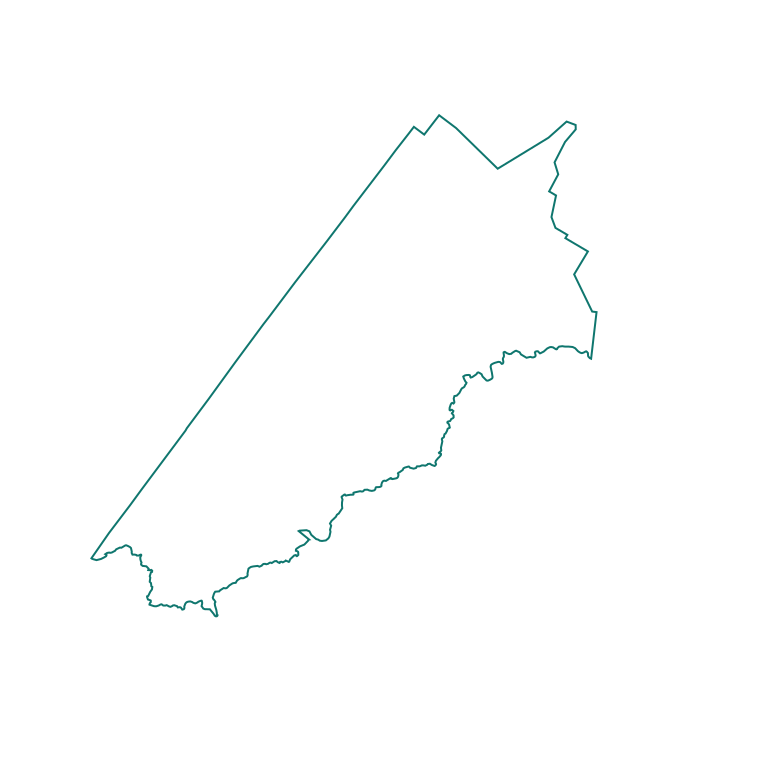 Coos, New Hampshire, United States of America (orthographic projection), rotated 220°
{"feature_id": "52423323B57801293190236", "entity_name": "Coos", "entity_type": "district", "adm_level": 2, "iso_a3": "USA", "parent_name": "United States of America", "parent_adm1": "New Hampshire", "projection": "orthographic", "projection_center": [-71.462, 44.696], "detail": "fine", "context": "isolated", "style": "outline", "palette": "teal", "viewbox_px": 768, "rotation_deg": 220, "n_neighbors": 0, "source": "geoboundaries", "source_scale": "gbopen_adm2", "svg_char_len": 6023}
<svg xmlns="http://www.w3.org/2000/svg" viewBox="0 0 768 768"><g transform="rotate(220 384 384)"><path d="M341.4,216.7L354.8,216.5L354.4,217.4L349.4,222.2L346.4,223.2L342.7,221.7L336.3,221.6L334.3,222.5L332.5,222.7L330.6,223.9L328.0,226.8L327.4,229.9L327.7,232.0L330.0,236.4L331.6,237.6L333.4,241.5L335.7,242.4L336.2,245.5L335.5,251.3L336.0,253.5L335.7,254.9L335.4,255.5L336.1,262.0L338.3,264.1L340.1,266.4L341.5,268.8L343.9,270.2L344.0,270.7L343.3,273.8L342.9,274.2L341.9,273.9L341.4,274.1L340.8,275.0L338.5,277.6L336.6,279.3L336.4,279.6L336.5,280.0L337.4,280.9L337.2,281.6L333.4,286.5L331.8,287.4L331.2,288.1L331.0,288.6L330.9,290.4L328.8,292.4L326.8,293.0L324.6,294.3L323.2,296.1L323.0,296.7L323.0,297.7L323.7,299.1L323.7,299.9L321.7,301.7L321.0,302.5L320.5,303.4L320.5,304.4L321.2,305.0L322.1,307.0L322.3,308.5L322.2,309.2L321.7,310.1L320.2,311.0L318.5,316.1L317.9,316.5L317.5,316.5L317.4,316.1L316.4,316.6L314.0,319.6L313.5,320.7L313.6,322.0L314.5,323.7L315.9,324.5L315.9,325.4L315.4,326.3L314.4,330.2L314.9,331.9L314.3,333.4L312.2,336.5L311.8,336.8L310.2,336.6L306.9,338.2L305.5,340.2L305.6,341.0L305.8,341.6L305.8,342.1L303.8,343.8L302.6,346.1L301.2,347.2L299.9,347.9L299.0,349.9L299.0,350.9L297.6,352.4L295.3,352.7L292.6,353.7L292.4,354.1L292.3,355.3L292.6,356.1L294.2,356.9L294.9,358.6L294.9,362.3L294.7,363.3L294.7,365.8L294.9,366.5L295.6,367.2L295.8,367.2L297.1,366.4L297.7,366.6L297.7,367.0L297.3,369.2L297.4,369.9L299.4,371.8L302.4,377.5L304.3,379.0L304.5,379.8L304.0,381.4L304.0,381.9L304.2,382.4L304.7,382.9L305.4,384.5L305.0,385.6L305.6,388.6L306.4,390.4L306.2,391.5L305.6,392.5L305.6,392.9L308.0,394.7L309.0,395.0L310.6,395.1L311.0,395.8L310.8,396.5L309.6,398.0L309.6,398.9L310.0,400.1L309.2,402.3L309.2,403.2L310.6,404.7L313.2,405.2L313.3,405.8L313.1,406.5L313.2,407.1L313.5,407.9L315.4,407.9L315.9,407.4L316.3,406.3L316.9,406.2L317.5,406.7L318.5,408.1L319.7,411.2L319.9,412.5L319.6,413.4L318.2,413.7L318.2,414.9L318.4,415.3L321.2,417.6L322.3,420.0L320.8,421.8L320.5,425.6L321.4,429.5L321.5,430.8L320.8,432.7L320.7,433.8L321.2,435.4L321.2,436.8L321.6,438.0L323.2,438.2L326.4,439.6L328.1,440.7L327.5,442.6L326.6,443.8L324.8,445.5L323.9,445.9L323.2,445.5L322.5,444.9L321.7,444.7L320.8,446.1L319.7,450.0L319.5,451.0L319.7,452.7L319.2,453.5L317.9,453.9L315.5,454.2L313.3,453.1L307.8,452.6L307.1,452.9L306.4,453.6L305.6,455.2L304.9,457.1L304.8,458.0L305.3,459.1L308.6,462.0L313.4,465.7L314.2,467.2L314.2,468.1L313.7,469.5L312.8,471.3L310.7,474.4L309.4,475.3L308.9,475.4L306.8,475.1L306.2,475.8L306.3,476.9L307.0,477.9L309.0,479.5L309.4,480.2L309.7,481.9L310.4,482.9L312.4,484.7L312.7,485.1L312.5,485.8L312.1,486.3L309.6,486.6L307.3,487.4L305.9,489.0L305.8,490.2L304.8,493.4L304.2,494.4L300.5,495.5L298.1,494.7L291.7,495.7L289.3,498.9L287.8,499.5L286.8,500.3L286.1,501.4L285.9,502.0L286.0,503.0L286.5,503.6L288.7,505.2L288.8,506.1L287.9,507.4L287.1,508.0L284.3,507.7L284.0,508.0L282.5,511.5L281.8,516.2L280.7,518.7L279.8,519.7L278.1,520.7L274.9,521.1L274.2,521.4L273.9,521.9L274.2,522.9L273.9,525.2L271.7,527.6L269.8,528.7L266.5,531.4L263.3,533.6L260.6,534.3L256.5,533.8L254.5,534.0L252.8,534.5L252.1,535.1L251.3,536.3L250.4,538.6L250.1,539.0L249.4,539.1L247.7,538.8L245.9,536.9L245.2,536.4L243.0,536.1L241.6,536.5L267.4,575.7L271.1,573.3L308.8,590.2L313.0,616.6L338.8,612.3L339.4,616.1L353.0,613.8L363.0,619.5L373.4,639.0L381.3,637.7L385.3,656.6L395.8,663.4L400.9,685.8L400.8,702.3L403.7,705.6L412.8,702.4L416.3,678.4L435.3,622.0L493.3,626.4L514.5,625.3L513.5,600.9L526.4,600.2L526.0,591.3L525.3,570.8L524.2,551.1L521.9,500.7L521.0,486.8L519.5,456.2L517.5,404.9L515.2,362.2L514.8,352.1L511.9,305.0L508.7,259.8L506.6,223.3L506.1,220.8L501.9,147.4L500.6,128.0L498.9,93.2L496.1,62.4L495.5,62.4L494.1,62.9L491.0,64.3L488.3,68.1L487.0,71.1L486.2,73.4L486.4,74.3L486.7,74.7L488.1,74.5L487.5,76.6L486.2,78.2L485.3,78.6L484.2,79.9L482.8,83.4L482.9,85.2L481.2,88.9L479.9,89.8L478.4,94.1L477.7,94.8L475.7,95.4L473.7,95.8L472.4,95.7L469.6,93.6L468.7,92.4L467.0,91.6L465.3,93.1L463.9,93.8L463.1,93.7L461.5,95.1L461.1,96.3L460.7,96.9L460.3,97.1L459.7,96.5L459.6,95.6L459.2,94.4L457.8,93.0L456.2,91.9L455.1,91.5L454.4,89.9L453.8,89.5L452.0,89.5L448.8,91.6L445.5,91.2L445.0,89.9L443.6,90.9L442.8,92.0L441.6,92.0L440.9,91.0L441.5,90.0L440.0,86.4L439.7,86.0L438.6,85.5L436.6,82.3L436.3,81.9L434.5,81.7L432.2,79.5L431.0,79.6L430.1,78.1L429.7,77.4L429.5,74.6L428.4,70.1L429.0,69.0L428.4,68.4L426.3,67.2L423.7,68.2L423.2,68.0L422.4,66.8L422.5,65.9L422.1,64.5L421.8,64.2L417.3,66.0L415.6,67.3L414.2,69.5L413.5,71.4L412.7,72.3L410.7,72.4L409.2,73.6L408.3,74.9L405.5,75.5L404.3,76.1L403.5,77.8L403.4,78.6L402.5,79.7L399.7,80.8L398.4,80.3L396.9,81.8L396.2,82.1L395.6,82.1L393.5,81.5L392.7,82.6L392.6,83.3L393.0,84.2L394.0,85.2L395.0,88.1L395.0,89.4L394.8,90.2L394.1,91.4L392.7,92.9L390.7,93.7L389.4,93.8L387.6,94.6L387.3,95.0L386.4,96.9L386.3,97.8L385.2,99.9L384.6,100.7L384.3,100.8L382.9,99.8L382.0,98.7L381.0,96.6L378.0,95.8L376.4,96.4L372.6,99.5L366.7,98.4L364.7,97.7L363.3,98.0L362.7,98.8L362.7,99.6L363.0,100.0L363.9,99.9L364.7,101.0L367.2,103.1L371.0,105.6L372.6,107.1L373.0,108.0L373.0,108.6L373.2,108.8L375.6,109.5L376.2,109.4L377.8,110.2L379.3,113.7L379.7,115.2L379.8,116.4L376.9,119.3L377.0,120.4L375.7,124.6L374.2,125.5L373.5,126.3L373.2,127.1L373.0,130.2L371.9,133.9L370.8,135.4L369.8,136.3L370.2,138.8L370.1,139.8L369.1,142.9L368.7,143.5L367.9,143.9L366.7,145.1L365.2,148.7L365.7,150.1L366.7,151.0L369.1,155.4L368.9,156.6L368.3,158.4L366.9,160.2L363.9,163.4L362.0,164.0L360.9,166.3L361.0,166.9L360.7,168.6L359.5,169.8L358.4,170.2L357.3,171.6L356.7,173.6L355.9,174.4L354.9,174.7L353.9,177.9L352.5,179.3L351.0,179.2L349.0,179.7L348.9,180.0L349.3,180.4L349.2,180.9L348.2,182.0L346.9,182.3L345.8,184.9L345.8,185.6L342.6,186.5L342.4,187.0L343.2,189.4L342.6,194.9L341.6,196.3L340.8,196.0L340.1,196.1L339.9,196.6L339.8,198.0L341.5,199.9L342.0,200.2L342.8,200.2L344.3,199.6L345.1,200.7L345.1,201.7L344.0,205.6L341.8,209.8L341.4,215.3L341.7,215.6L341.8,216.2L341.4,216.7Z" fill="none" stroke="#0f766e" stroke-width="2"/></g></svg>